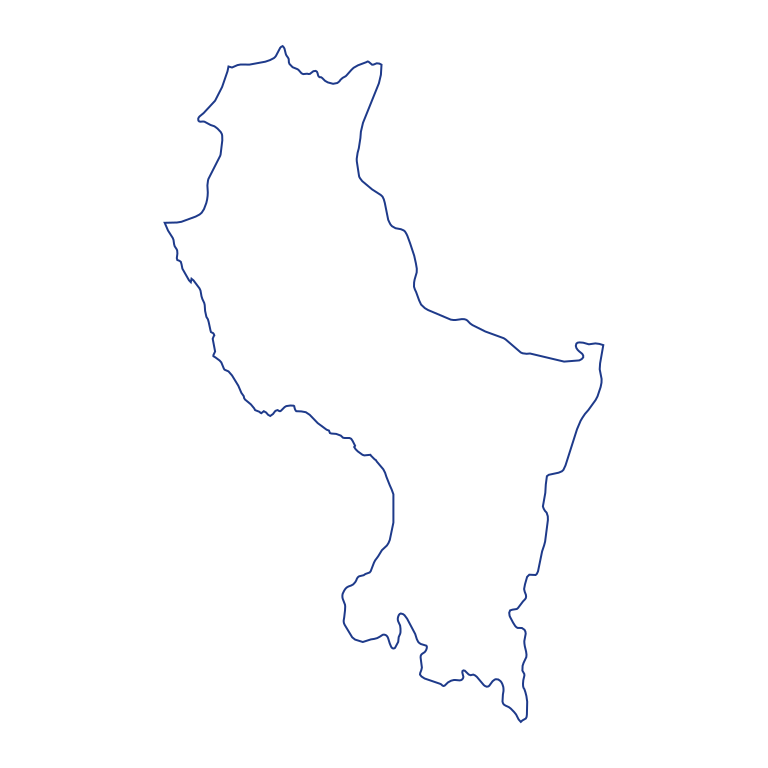 an SVG outline of Cusco
{"feature_id": "PER-571", "entity_name": "Cusco", "entity_type": "Department", "adm_level": 1, "iso_a3": "PER", "parent_name": "Peru", "parent_adm1": "", "projection": "equal_earth", "projection_center": [-72.174, -13.267], "detail": "fine", "context": "isolated", "style": "outline", "palette": "blue", "viewbox_px": 768, "rotation_deg": 0, "n_neighbors": 0, "source": "natural_earth", "source_scale": "10m", "svg_char_len": 6064}
<svg xmlns="http://www.w3.org/2000/svg" viewBox="0 0 768 768"><path d="M190.8,282.2L189.0,280.3L182.4,268.7L181.5,264.2L180.8,261.8L179.4,260.8L177.3,260.0L176.8,258.1L177.4,253.6L177.2,250.7L176.8,249.5L174.7,246.3L174.1,244.2L173.5,239.9L172.7,237.9L168.0,230.5L164.7,222.8L177.0,222.5L181.4,221.8L195.6,216.6L199.6,214.5L201.7,212.7L204.0,209.1L206.3,203.0L207.1,199.6L207.6,196.0L207.8,192.5L207.4,185.4L208.0,180.5L208.4,179.0L220.2,155.8L220.6,154.4L222.3,140.4L222.2,135.8L221.9,134.2L220.8,132.1L217.5,128.6L215.3,126.9L214.2,126.2L210.6,125.0L204.5,121.7L203.1,121.5L200.3,121.7L199.2,121.4L198.4,120.6L198.2,118.8L198.7,117.5L199.6,116.4L203.7,113.0L215.1,100.7L222.1,87.0L227.5,71.3L228.5,66.5L232.0,67.5L237.5,65.1L240.7,64.5L249.5,64.6L265.3,61.7L270.0,60.1L273.9,58.1L275.0,57.1L275.9,56.0L280.2,47.8L281.2,46.8L282.6,46.1L283.8,47.4L284.5,48.7L285.8,54.0L286.4,55.4L288.1,57.8L288.7,59.1L288.9,62.4L289.5,64.0L292.6,67.2L297.5,69.2L298.6,70.0L301.5,73.3L303.2,74.1L307.1,73.7L308.5,74.0L309.9,73.9L313.4,71.2L315.7,70.9L316.9,71.7L317.6,73.3L318.0,75.1L318.6,76.4L319.6,77.2L321.0,77.2L322.1,77.9L325.0,80.8L327.8,82.4L333.1,83.8L337.3,83.0L338.5,82.1L339.6,81.1L340.4,79.9L342.6,77.9L345.7,76.2L346.7,75.2L351.4,69.9L353.6,67.8L358.0,65.3L366.5,62.1L367.5,61.5L368.5,61.7L372.1,64.7L373.5,64.6L376.7,63.3L379.4,63.6L381.5,64.7L380.9,74.8L378.9,83.3L363.0,122.8L360.9,131.7L360.4,138.0L358.8,148.3L357.6,152.8L356.7,158.9L356.8,161.3L358.9,175.1L359.2,176.7L360.0,178.2L362.2,181.1L372.1,189.4L380.8,195.0L382.5,196.6L383.8,199.3L384.8,202.9L388.2,219.8L389.4,222.4L390.5,224.5L392.0,226.2L395.5,228.2L400.9,229.2L403.7,230.4L405.0,231.5L406.4,233.8L407.4,235.9L410.1,243.3L414.2,255.7L415.9,263.4L416.8,268.7L416.7,272.4L414.6,279.6L414.1,282.5L414.0,286.7L414.9,289.5L416.1,292.0L419.1,300.3L421.1,304.6L424.8,308.1L428.0,310.0L450.7,319.6L453.4,320.0L455.6,320.0L461.9,319.1L464.4,319.2L466.0,319.7L467.3,320.5L470.2,323.5L472.5,325.1L485.3,331.5L503.7,338.2L505.7,339.5L520.8,352.5L522.7,353.3L526.7,353.8L530.0,353.5L564.1,361.6L579.3,360.4L581.7,359.1L583.2,357.4L583.2,355.5L582.2,353.8L579.1,351.3L577.6,349.8L576.4,348.0L575.8,345.9L576.4,343.6L577.6,342.7L579.4,342.4L583.2,342.7L588.9,344.3L595.4,343.4L599.3,343.9L603.3,345.1L600.1,363.3L599.7,369.3L601.6,379.0L601.5,382.7L600.6,387.1L597.5,396.4L595.6,400.0L588.4,410.0L585.0,413.9L582.5,417.6L580.6,420.8L577.0,429.3L565.5,465.4L563.4,469.9L561.9,471.3L558.6,472.7L548.8,474.8L546.9,476.2L545.8,484.5L545.3,492.9L542.9,506.4L543.7,508.7L545.0,510.9L546.6,512.6L547.8,516.3L547.9,520.0L545.1,541.6L544.1,545.4L542.1,551.4L538.0,571.4L536.8,573.9L535.6,575.0L529.3,574.7L527.1,576.9L525.0,584.3L524.1,589.0L524.7,591.7L525.9,594.8L526.1,596.6L525.8,598.1L525.1,599.2L523.0,601.4L518.0,608.0L516.8,609.0L512.3,609.7L510.1,610.4L509.2,612.8L509.6,615.8L510.2,617.2L513.1,622.7L515.2,626.0L516.3,627.1L517.5,627.9L521.9,628.0L524.5,629.8L525.4,631.6L525.7,633.7L524.3,641.1L524.4,643.4L524.8,646.2L526.1,651.6L526.5,654.7L526.3,657.1L523.6,662.8L522.6,665.8L522.4,670.6L524.3,674.0L524.4,675.5L523.3,680.2L523.0,683.7L523.1,686.1L523.5,687.8L524.4,689.2L525.4,692.2L526.4,696.1L527.2,701.7L526.9,714.5L526.6,716.9L525.8,718.5L522.3,720.5L520.8,721.9L518.6,719.4L516.1,714.5L514.2,712.1L510.8,708.6L508.8,707.1L505.5,705.6L503.7,704.4L502.9,703.0L502.5,701.5L502.9,694.6L503.5,691.0L503.5,689.0L503.3,687.0L502.4,684.2L501.5,682.4L500.5,681.1L498.3,679.5L495.9,679.2L494.7,679.6L492.6,681.2L489.2,685.8L488.1,686.5L486.7,686.7L485.0,686.0L483.8,685.1L476.8,676.8L474.9,675.3L473.2,674.6L470.6,675.2L468.7,674.5L464.8,670.7L463.4,670.4L462.5,671.0L462.3,672.5L463.4,676.9L463.0,678.3L462.2,679.4L461.1,680.1L459.7,680.4L455.3,680.0L453.9,680.0L451.1,680.7L448.0,682.4L444.7,685.6L443.6,686.0L442.5,685.6L441.1,684.3L439.8,683.7L424.6,678.5L421.5,676.5L420.0,674.6L420.2,673.0L421.3,670.1L421.9,667.6L420.6,657.6L420.7,655.9L421.3,654.6L422.3,653.7L424.6,652.2L425.5,651.1L426.2,649.9L426.7,648.4L426.9,646.9L426.4,645.7L420.8,644.0L419.3,643.0L418.2,641.9L416.8,639.1L415.2,634.0L407.1,618.7L404.5,615.2L403.0,614.1L400.8,613.5L399.7,614.0L398.8,615.1L398.2,616.6L397.8,618.2L397.8,619.9L398.2,621.4L400.1,625.5L400.5,628.7L400.5,632.1L400.2,633.7L398.7,637.1L398.2,641.9L395.0,647.9L393.8,648.5L392.6,648.3L391.6,647.5L390.9,646.2L389.7,643.3L388.2,638.4L387.6,637.0L386.7,635.8L385.6,635.0L384.0,634.6L382.7,634.8L379.8,636.7L377.2,638.1L374.2,638.9L370.9,639.4L362.8,642.0L355.1,639.6L352.2,637.3L344.7,624.9L344.0,623.3L343.7,621.8L343.7,620.4L344.2,617.4L345.0,610.5L345.2,606.5L345.0,604.7L342.7,598.7L342.4,597.1L342.4,595.3L342.7,593.7L344.2,590.6L345.4,588.8L346.7,587.5L348.4,586.5L351.2,585.5L353.2,584.4L355.2,582.2L356.2,580.5L356.9,578.7L357.8,577.3L359.1,576.3L363.7,575.2L365.4,574.0L369.6,572.5L370.7,571.2L374.0,562.6L375.2,560.3L378.1,556.4L381.9,550.2L386.9,545.5L388.5,543.0L389.8,539.9L393.4,522.6L393.4,494.3L391.7,489.6L389.7,485.1L386.4,476.8L385.1,472.8L383.3,469.3L376.8,461.6L375.7,459.9L374.8,459.5L371.0,455.7L370.4,454.8L364.3,455.4L362.5,454.8L357.8,451.4L355.6,449.2L354.2,447.0L355.1,445.8L352.6,440.9L351.2,438.8L349.5,438.0L344.6,438.0L343.0,437.7L340.8,435.6L336.2,433.9L331.2,433.5L329.9,433.0L329.0,430.6L326.6,429.7L317.8,423.2L309.7,414.8L305.8,412.2L301.3,411.4L296.3,411.2L295.7,410.6L295.0,409.3L294.5,407.6L294.2,406.1L293.6,405.7L290.4,405.5L286.3,406.1L284.6,407.1L280.9,410.8L280.1,411.2L279.3,411.1L277.6,410.1L276.0,410.6L275.1,411.2L273.0,414.0L270.2,416.0L268.1,414.8L266.1,412.5L263.8,411.2L261.3,413.2L260.5,412.8L259.4,411.8L255.1,410.1L254.2,408.4L250.9,404.4L245.1,399.6L244.2,398.3L243.7,396.1L241.4,392.9L238.3,385.7L232.0,375.4L228.5,371.4L224.6,369.7L223.9,368.7L221.3,362.4L219.6,360.5L215.4,357.4L213.4,356.2L213.4,355.1L215.1,351.5L212.7,338.8L213.8,336.0L214.3,335.5L214.0,334.4L213.2,333.2L211.0,332.1L210.5,330.5L208.7,322.1L207.9,319.3L206.4,316.9L205.1,310.9L204.7,305.0L204.2,302.9L202.4,299.1L201.5,296.3L200.5,290.6L199.5,288.4L193.5,280.4L191.5,278.8L190.8,282.2Z" fill="none" stroke="#1e3a8a" stroke-width="2"/></svg>